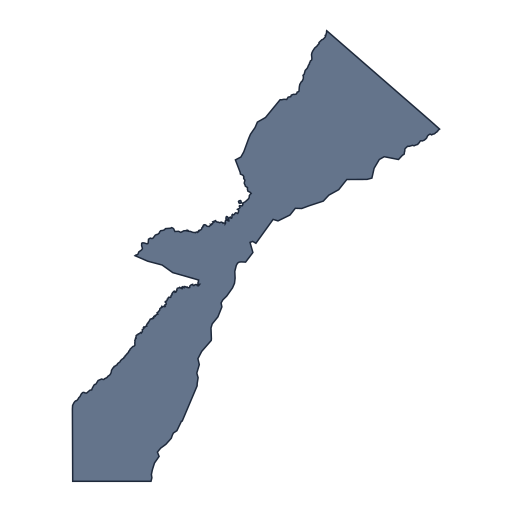 the district of Manoel Urbano, Acre, Brazil
{"feature_id": "56859067B24533287655933", "entity_name": "Manoel Urbano", "entity_type": "district", "adm_level": 2, "iso_a3": "BRA", "parent_name": "Brazil", "parent_adm1": "Acre", "projection": "albers", "projection_center": [-69.938, -9.396], "detail": "fine", "context": "isolated", "style": "filled", "palette": "slate", "viewbox_px": 512, "rotation_deg": 0, "n_neighbors": 0, "source": "geoboundaries", "source_scale": "gbopen_adm2", "svg_char_len": 6056}
<svg xmlns="http://www.w3.org/2000/svg" viewBox="0 0 512 512"><path d="M235.4,159.9L240.2,172.4L240.4,174.1L241.9,174.7L243.2,175.5L243.9,177.0L243.6,178.0L243.9,178.9L244.6,179.6L244.9,180.4L244.3,182.6L244.3,183.5L245.1,185.1L245.3,186.1L247.5,187.6L247.4,189.2L247.9,191.2L250.0,192.2L251.2,193.4L250.1,194.5L249.3,195.7L249.2,197.5L248.4,198.9L245.2,201.8L242.6,203.2L242.9,204.0L242.5,205.4L241.9,205.9L239.5,205.6L239.3,206.3L240.0,207.5L239.4,208.3L237.5,209.3L238.3,209.9L238.7,210.5L238.4,212.1L237.7,213.5L236.0,212.8L235.4,212.9L234.1,214.6L233.4,214.8L232.6,214.3L232.0,214.9L231.9,217.5L231.6,218.2L230.7,218.0L230.2,217.1L228.7,218.3L228.0,217.7L227.6,216.9L226.7,216.5L226.2,216.9L225.9,218.3L226.3,219.2L228.1,219.5L229.0,220.1L228.8,221.0L225.9,219.9L225.4,220.8L225.2,221.8L225.6,223.0L225.1,223.9L225.0,223.2L224.0,223.0L223.0,223.3L222.8,222.7L221.3,222.1L219.5,222.7L217.9,222.0L217.3,222.2L215.9,221.4L215.6,220.6L213.0,221.7L213.7,222.2L213.0,222.5L212.6,223.6L211.9,223.7L211.8,224.4L211.2,224.6L210.5,224.4L210.8,225.2L210.0,225.6L209.3,226.5L207.3,226.3L206.5,225.9L206.1,225.3L205.5,224.9L204.5,224.7L203.6,225.0L203.6,225.8L202.8,226.2L202.8,227.1L202.0,227.6L201.5,229.3L200.1,230.3L199.3,230.2L198.7,230.6L199.0,231.2L198.6,231.7L198.0,231.7L197.6,232.4L197.0,232.0L196.1,232.1L195.6,232.7L194.8,232.5L192.9,232.4L190.4,231.4L188.6,231.3L188.2,230.6L187.6,230.9L187.1,230.2L186.8,230.9L185.9,230.6L184.8,230.8L184.0,230.7L180.8,232.4L178.6,231.3L174.9,231.5L173.6,228.7L172.6,228.0L171.5,227.6L170.7,228.2L165.5,228.6L164.4,229.8L163.0,230.4L160.7,230.7L159.6,232.0L159.3,233.0L157.6,234.4L156.7,234.5L155.3,235.1L153.2,237.9L152.6,238.4L151.6,238.5L150.3,238.1L148.5,239.2L148.2,242.8L147.8,243.6L146.9,243.8L144.0,242.9L142.2,242.9L141.7,243.4L141.6,245.7L142.4,248.2L142.3,248.9L141.5,250.0L138.8,251.9L138.0,254.1L137.4,254.6L135.6,255.2L135.0,255.7L147.7,261.2L162.1,265.0L172.7,272.6L198.6,280.0L198.3,281.2L198.5,282.0L198.0,282.6L197.9,283.3L198.1,283.9L199.0,284.3L199.7,284.3L198.7,285.6L198.1,285.9L197.7,285.0L197.1,285.3L196.8,284.7L195.9,284.5L194.7,284.9L194.1,285.5L193.2,285.5L192.7,284.3L191.8,284.6L190.9,285.0L189.8,286.1L189.7,287.5L188.1,287.8L187.0,286.9L186.3,287.3L185.2,286.6L184.3,286.5L184.0,287.7L182.7,286.7L181.9,287.2L182.5,287.8L182.1,288.7L180.4,288.0L179.7,287.3L179.1,287.8L177.3,288.3L176.8,289.5L176.9,290.4L175.8,292.2L175.1,292.3L175.3,291.7L174.8,291.1L173.9,291.3L172.6,292.7L171.9,293.9L172.0,294.8L171.3,295.2L171.0,295.8L170.9,296.9L170.6,297.4L168.8,297.2L168.2,297.8L168.0,298.8L167.3,299.1L167.1,300.2L166.6,301.0L165.3,301.5L165.3,302.3L166.1,302.9L166.2,303.6L166.0,304.5L164.8,305.0L164.9,305.8L165.2,306.5L164.6,306.7L164.0,306.3L163.3,306.4L161.9,307.4L161.7,306.7L161.2,307.6L159.9,308.6L159.6,310.4L158.7,311.2L158.0,312.2L157.1,312.7L157.7,314.2L157.0,314.2L156.3,315.0L155.4,315.3L155.2,316.2L154.5,316.0L153.8,316.5L153.9,317.6L153.5,318.2L152.9,317.9L152.6,318.7L151.4,318.7L150.9,319.2L150.3,319.1L148.9,321.7L148.2,322.4L148.1,323.1L147.5,323.3L146.5,325.2L146.7,326.1L146.1,326.1L144.9,327.1L144.0,326.8L143.4,327.6L143.9,328.2L143.0,329.3L142.3,329.5L142.4,331.5L141.3,333.0L140.8,332.4L139.3,333.6L138.1,334.0L137.9,334.6L136.6,335.1L136.1,335.7L136.1,337.2L135.7,337.7L136.0,338.4L135.4,338.7L135.3,339.6L134.8,340.3L135.0,341.1L134.8,342.9L134.9,345.0L134.6,345.7L133.9,346.2L132.9,346.5L130.0,349.3L129.8,350.2L128.7,351.3L128.4,352.5L127.0,353.7L126.7,354.4L125.2,355.7L125.0,356.6L123.9,357.4L123.8,358.1L122.1,359.2L120.5,360.7L120.3,361.4L119.7,362.1L118.1,363.2L117.5,363.8L117.1,364.8L116.3,365.2L115.5,365.9L114.0,366.5L113.8,367.4L113.0,367.9L111.5,370.3L111.2,372.4L110.2,374.5L109.0,375.6L108.2,376.0L106.9,377.6L104.6,378.7L104.0,379.4L103.2,379.5L101.6,379.0L98.1,380.5L96.1,383.8L95.4,384.4L94.6,384.5L94.0,385.1L92.2,388.4L91.7,389.9L89.9,390.2L86.6,393.1L84.9,392.9L84.0,392.4L83.2,392.4L82.5,392.7L81.2,394.1L80.0,396.6L78.8,397.7L77.9,399.3L76.6,400.7L75.8,400.8L75.2,401.2L74.1,402.5L72.6,405.4L72.4,409.1L72.7,481.3L151.0,481.3L151.9,477.8L151.4,474.5L152.4,469.7L154.5,463.0L159.1,456.4L157.4,452.1L160.7,448.1L166.0,444.2L171.3,438.2L172.4,435.0L173.4,433.0L176.9,430.7L181.4,421.3L182.2,421.1L197.1,385.9L197.2,383.4L198.1,377.7L196.8,373.1L199.3,364.6L197.9,358.7L201.7,351.4L211.2,340.5L211.4,338.9L211.0,328.0L212.2,323.9L217.9,316.9L221.9,306.9L221.1,303.0L221.4,302.4L222.9,299.8L226.7,296.1L232.5,287.9L234.5,283.3L235.1,278.2L234.8,271.4L236.3,265.4L237.6,263.1L239.2,262.1L241.3,261.9L245.6,262.1L252.9,252.5L250.0,242.4L252.7,241.4L255.9,243.3L273.1,219.4L278.0,220.9L290.0,215.0L295.3,208.3L301.7,208.5L309.3,205.7L323.3,201.1L328.9,195.1L338.7,189.7L346.8,179.5L367.0,179.4L371.9,178.1L374.1,168.3L379.3,159.5L384.2,156.7L398.5,159.5L402.7,155.0L403.3,154.8L404.2,154.1L404.5,151.7L404.8,151.1L404.8,149.5L405.2,148.5L407.6,146.3L409.3,146.3L412.5,145.3L414.1,145.8L415.5,145.1L417.8,144.4L418.4,143.3L419.2,142.8L420.0,141.3L420.6,140.8L421.2,140.7L422.1,141.0L424.2,140.2L425.8,138.9L426.7,137.9L427.5,136.0L428.6,134.9L430.1,134.1L431.7,134.9L432.5,134.3L434.2,133.9L435.1,133.3L435.7,132.6L436.9,132.0L437.3,131.2L437.8,131.0L438.2,130.2L439.6,129.1L430.3,120.8L326.7,30.7L326.5,31.3L326.8,32.0L326.4,32.9L325.9,35.1L325.2,35.4L325.5,36.3L325.1,37.2L323.1,39.3L321.9,39.7L319.3,42.2L318.9,42.8L319.1,43.6L317.4,45.4L317.0,46.1L314.7,48.0L312.7,51.1L311.9,52.9L311.5,54.7L311.9,58.4L311.7,59.8L311.3,60.4L310.4,60.9L309.9,62.4L309.4,63.2L309.4,64.1L308.5,65.2L308.0,66.6L307.2,68.3L305.2,70.4L304.1,74.4L303.0,75.3L303.4,76.9L303.2,79.0L302.0,81.4L301.3,81.8L299.8,84.4L299.3,87.0L299.0,91.1L298.5,91.7L297.2,92.1L296.7,93.5L296.1,94.1L294.5,94.4L293.5,94.3L291.3,95.1L290.7,96.7L288.2,97.1L286.7,99.5L284.9,99.3L283.2,99.4L281.7,99.8L280.1,99.7L265.5,117.5L257.4,122.1L255.1,127.5L250.5,134.2L248.7,138.4L243.8,151.8L240.9,157.0L235.4,159.9ZM241.6,202.8L241.0,201.7L241.0,201.0L240.4,200.5L239.1,200.8L238.5,201.5L238.8,202.5L239.2,203.2L240.8,203.2L241.6,202.8Z" fill="#64748b" stroke="#1e293b" stroke-width="1.5"/></svg>